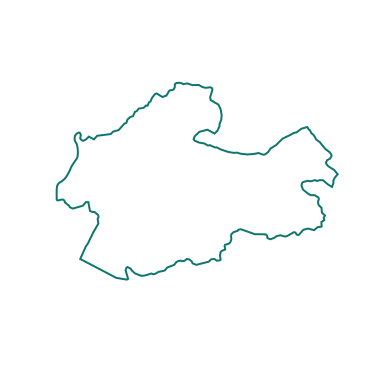 Comapa, Jutiapa, Guatemala, rotated 120°
{"feature_id": "79465075B15373267205562", "entity_name": "Comapa", "entity_type": "district", "adm_level": 2, "iso_a3": "GTM", "parent_name": "Guatemala", "parent_adm1": "Jutiapa", "projection": "albers", "projection_center": [-89.917, 14.12], "detail": "fine", "context": "isolated", "style": "outline", "palette": "teal", "viewbox_px": 384, "rotation_deg": 120, "n_neighbors": 0, "source": "geoboundaries", "source_scale": "gbopen_adm2", "svg_char_len": 3492}
<svg xmlns="http://www.w3.org/2000/svg" viewBox="0 0 384 384"><g transform="rotate(120 192 192)"><path d="M202.9,133.1L201.3,132.9L199.8,131.0L197.1,116.5L191.8,107.0L192.2,105.4L194.2,103.5L193.7,100.4L190.3,97.7L187.9,96.7L185.2,93.7L184.2,89.4L182.6,87.6L175.8,83.6L175.4,82.1L176.2,80.8L176.5,79.8L176.4,79.1L175.8,78.1L169.1,76.7L165.7,73.3L164.0,67.2L159.6,65.6L157.9,63.4L157.6,62.7L156.8,62.6L153.4,64.9L150.3,63.4L148.3,65.1L145.8,65.1L145.0,69.1L140.9,72.0L140.1,75.5L139.1,76.8L137.1,78.1L134.7,78.6L133.6,79.7L133.4,84.1L135.3,87.5L135.5,90.3L134.4,97.1L131.7,100.4L129.1,101.2L127.7,100.6L124.5,97.5L123.6,94.9L120.1,91.2L120.0,89.2L118.0,87.5L116.3,84.5L117.5,77.8L117.6,73.3L113.5,74.0L111.5,75.3L107.9,75.5L103.8,74.7L101.9,79.7L101.5,87.3L100.2,90.2L99.2,90.8L96.7,90.8L94.2,89.2L91.5,89.0L89.8,90.1L88.6,93.4L88.1,98.0L85.0,106.0L84.4,110.8L82.7,113.5L81.7,115.6L81.4,118.0L79.6,120.7L79.6,121.9L78.1,124.7L82.5,128.9L88.1,131.3L90.0,133.4L93.6,135.5L100.4,140.2L109.2,142.6L115.0,145.7L119.3,146.0L122.5,147.3L123.4,148.0L124.0,149.1L124.4,150.2L124.9,153.7L128.3,157.7L131.8,162.8L134.7,169.5L135.3,172.5L137.2,175.3L139.2,180.7L140.8,188.6L141.0,193.0L141.9,194.3L142.5,199.9L143.8,201.5L143.8,205.5L145.7,210.7L146.2,215.5L145.5,217.0L142.4,217.5L136.2,215.7L130.3,209.7L130.1,201.7L126.4,200.6L121.2,201.1L119.5,202.1L114.8,202.8L110.5,204.8L105.7,208.9L103.1,212.9L103.1,219.3L103.1,221.7L101.0,223.6L93.9,225.3L92.8,225.7L92.0,226.9L92.1,228.4L94.9,232.2L95.9,235.3L95.9,239.7L99.2,245.0L100.4,250.5L103.0,253.5L103.0,255.5L103.8,257.7L105.4,259.9L107.2,260.8L109.9,259.3L112.3,259.1L113.3,259.9L115.4,262.3L121.4,262.4L121.9,263.0L124.5,265.0L124.4,271.9L125.6,273.0L130.3,273.7L134.3,273.2L135.9,274.1L139.5,273.6L140.1,275.1L143.2,275.9L146.5,279.9L149.6,280.3L151.2,281.5L155.6,281.0L158.1,283.0L161.5,284.1L165.0,283.4L166.5,284.7L175.1,286.5L179.1,290.5L182.5,291.4L190.7,302.2L195.4,303.2L195.6,309.0L199.5,310.1L202.1,311.9L202.3,313.5L201.5,315.6L197.9,317.0L196.8,318.9L197.2,319.8L198.2,320.6L200.1,321.4L201.1,321.3L202.1,321.4L203.0,321.0L204.2,320.5L205.7,319.5L206.5,318.6L207.4,317.0L208.3,315.7L209.4,314.6L210.7,313.4L212.7,311.9L215.1,310.5L216.8,309.6L218.2,309.0L219.2,308.6L220.4,308.5L221.4,308.5L222.6,308.7L224.1,308.8L226.0,308.9L229.0,309.1L231.4,309.0L234.4,308.6L237.0,308.5L239.5,308.5L241.9,308.5L243.8,308.8L245.3,309.2L246.9,309.8L247.6,310.0L248.4,310.4L249.1,310.8L249.8,311.3L250.6,311.6L251.9,311.9L253.3,311.9L254.2,311.8L256.6,310.9L261.1,308.4L265.1,306.0L266.1,305.5L266.6,304.5L265.8,303.2L265.0,302.4L264.2,301.6L263.4,300.6L263.0,299.4L263.2,298.6L263.8,297.5L264.5,297.0L265.4,291.4L266.3,290.1L265.9,286.9L258.5,279.7L253.8,278.8L252.6,276.6L253.3,276.1L259.3,271.0L259.2,268.6L258.0,266.5L258.9,261.8L260.4,260.4L262.4,260.3L266.2,257.3L276.4,257.3L288.4,256.4L292.4,256.7L305.9,255.3L304.2,214.6L300.5,204.7L299.2,203.9L293.0,210.4L290.2,210.9L289.2,210.2L289.1,206.7L290.0,205.1L291.0,200.8L290.0,194.1L288.2,191.4L284.1,187.5L282.9,186.4L282.6,184.4L281.2,182.9L278.0,181.1L273.7,176.4L269.8,175.7L264.0,171.0L260.4,170.5L259.1,169.6L257.1,167.6L256.9,166.0L255.4,164.1L252.7,163.1L251.8,160.9L252.1,157.7L253.5,155.8L252.9,151.8L243.9,142.6L240.8,141.8L238.8,139.3L239.1,136.2L237.4,133.9L236.3,133.4L232.9,136.1L229.5,137.2L228.3,136.9L225.2,134.5L222.4,136.8L221.3,137.0L218.0,134.0L216.5,133.7L213.7,134.1L210.0,136.5L208.4,136.7L205.9,135.9L202.9,133.1Z" fill="none" stroke="#0f766e" stroke-width="2"/></g></svg>